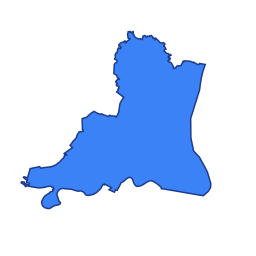 Phuc Tho, Ha Noi, Vietnam (Robinson projection), rotated 102°
{"feature_id": "81297802B65234108276491", "entity_name": "Phuc Tho", "entity_type": "district", "adm_level": 2, "iso_a3": "VNM", "parent_name": "Vietnam", "parent_adm1": "Ha Noi", "projection": "robinson", "projection_center": [105.577, 21.11], "detail": "fine", "context": "isolated", "style": "filled", "palette": "blue", "viewbox_px": 256, "rotation_deg": 102, "n_neighbors": 0, "source": "geoboundaries", "source_scale": "gbopen_adm2", "svg_char_len": 5826}
<svg xmlns="http://www.w3.org/2000/svg" viewBox="0 0 256 256"><g transform="rotate(102 128 128)"><path d="M178.6,40.3L173.3,36.3L169.2,34.9L165.0,35.5L154.7,41.1L150.2,44.7L141.6,52.2L136.8,59.1L124.4,64.5L105.5,68.7L75.9,65.9L71.4,66.3L64.1,66.7L56.6,66.5L51.0,65.8L49.8,65.6L50.0,71.5L51.2,71.8L51.4,73.3L50.0,77.3L50.5,77.5L49.9,80.3L49.8,81.2L50.2,84.3L50.7,87.2L51.4,87.1L51.5,87.7L51.9,87.8L52.0,88.3L53.5,88.3L54.5,88.9L55.9,89.0L57.0,92.6L57.6,93.3L58.1,93.6L59.2,93.6L59.4,93.8L59.8,94.5L60.3,95.8L59.0,96.0L58.8,96.6L57.7,97.0L55.3,99.3L55.1,99.8L54.9,100.4L55.0,101.2L54.9,101.8L54.7,102.1L53.9,102.9L52.8,101.4L52.3,102.0L51.4,101.0L50.3,102.2L50.8,102.9L50.3,103.4L50.0,103.5L47.8,101.0L47.2,101.9L47.8,103.3L47.2,103.6L47.0,103.9L46.9,104.3L46.7,106.4L45.6,107.9L45.5,108.5L44.7,108.8L44.3,108.7L43.7,108.3L43.0,107.3L41.8,108.2L40.7,109.3L40.4,110.1L40.0,110.2L39.8,109.9L38.4,109.3L38.0,109.6L37.1,110.8L37.6,111.6L37.7,112.1L37.8,113.2L37.8,114.5L37.6,114.9L36.4,116.2L35.6,117.6L35.2,118.3L35.1,118.8L35.1,119.3L35.3,119.5L34.5,119.3L34.3,119.8L35.1,121.2L35.0,122.3L34.1,122.3L34.2,122.8L33.3,123.5L32.7,124.5L33.4,126.1L34.2,126.6L34.0,127.8L34.1,128.1L34.2,128.3L34.9,128.5L35.0,128.8L35.1,129.2L35.1,129.7L34.4,130.1L34.0,130.8L34.9,132.4L38.6,132.5L38.1,134.8L38.1,135.2L38.7,136.4L38.7,136.9L38.3,137.7L38.3,138.3L38.2,138.6L38.0,139.0L37.9,139.5L36.1,141.8L35.8,141.6L35.4,141.6L34.8,142.5L34.5,142.8L33.9,142.7L33.3,142.7L32.6,143.0L32.9,143.8L33.5,143.7L33.8,143.9L34.1,144.6L34.1,145.1L34.1,145.4L33.2,145.8L33.3,146.5L33.6,146.7L33.6,146.8L33.7,147.6L33.9,147.9L34.1,147.9L34.9,147.7L35.3,147.8L35.9,147.9L36.3,147.9L37.9,147.5L38.5,147.1L39.4,146.8L40.1,146.6L40.3,146.4L40.2,145.7L40.1,144.8L40.3,144.6L40.6,144.6L41.2,144.9L42.0,145.6L42.8,146.5L43.4,147.0L43.8,147.2L45.0,147.7L45.1,147.9L45.0,148.5L44.6,148.7L43.7,148.7L43.5,149.0L43.6,149.3L45.1,150.6L45.3,150.9L45.6,151.9L45.9,152.3L46.4,152.9L48.4,154.2L48.7,154.3L49.0,154.2L49.8,153.8L50.0,153.6L49.8,153.1L49.7,152.7L49.9,152.2L50.2,151.8L51.2,152.0L51.2,151.6L51.6,151.7L52.0,152.0L52.0,152.5L51.6,153.5L51.7,154.0L52.2,154.3L53.3,154.4L54.2,154.2L54.5,154.2L55.2,154.6L55.3,154.6L55.8,154.3L56.6,154.2L57.0,154.5L57.2,155.4L57.4,155.5L58.8,155.6L59.1,155.8L59.3,155.8L59.6,155.6L61.3,155.1L62.2,155.1L63.0,155.4L63.4,155.4L63.5,155.1L63.5,154.5L63.7,154.1L64.4,152.6L65.5,152.6L66.5,153.1L67.4,154.1L68.2,154.5L69.1,154.6L71.7,154.2L75.5,153.5L77.7,153.2L78.5,150.9L79.2,149.6L80.3,149.3L80.7,149.1L81.0,148.6L81.7,146.9L81.9,146.6L82.4,147.0L82.6,148.1L82.7,148.4L83.0,148.5L85.0,149.6L85.9,149.3L86.0,149.2L86.5,147.8L86.7,147.5L86.8,147.5L87.7,148.3L88.1,148.4L89.1,147.9L89.0,147.0L89.0,146.6L89.1,146.3L89.6,145.4L90.4,145.5L91.6,145.4L91.9,145.8L92.1,145.9L93.5,145.6L95.0,146.6L96.4,143.8L98.9,138.5L100.7,139.3L104.6,140.7L106.4,140.9L110.9,140.6L114.8,140.5L117.1,140.9L118.6,141.4L119.5,141.8L119.3,142.2L119.6,142.3L119.2,143.3L119.2,144.0L119.2,144.8L119.7,146.2L119.7,146.8L119.6,147.0L119.4,148.8L120.8,149.3L120.5,152.5L120.2,154.3L119.6,156.9L120.5,157.7L120.1,159.4L120.3,159.7L118.8,164.7L120.1,166.1L121.3,167.2L122.3,168.1L126.1,170.7L128.1,174.3L128.3,174.8L133.0,173.7L139.1,172.2L139.2,171.6L140.6,171.2L141.1,172.4L141.7,174.8L141.9,175.0L143.0,175.3L144.2,175.9L145.9,176.4L148.4,176.6L149.3,176.9L149.9,177.3L150.8,178.0L152.0,178.8L154.2,179.7L156.1,180.6L156.9,181.1L158.9,178.3L166.2,185.2L166.9,184.5L165.9,183.6L167.2,182.5L168.4,184.5L170.1,184.5L170.9,185.1L176.1,188.2L177.0,189.2L178.6,190.5L179.4,191.4L181.2,194.0L181.6,194.4L182.4,196.6L183.2,199.0L184.6,203.1L185.5,205.3L184.1,206.3L188.1,215.3L197.6,215.9L197.3,219.6L197.9,220.0L198.3,219.8L198.6,219.0L199.3,217.8L199.4,215.8L200.4,215.7L200.5,215.8L200.7,216.1L201.7,216.2L201.9,216.2L202.3,215.9L202.5,215.7L202.4,214.2L202.6,213.1L204.2,213.0L204.4,213.9L204.3,214.9L204.1,215.8L203.8,217.6L202.6,218.1L202.5,218.9L202.7,220.8L203.8,221.1L204.1,220.4L204.4,219.4L205.3,217.4L205.8,216.8L206.6,216.2L206.2,215.5L205.8,215.1L205.5,214.5L205.5,213.7L205.6,212.5L205.5,211.0L205.6,210.1L205.3,206.1L205.3,204.8L205.2,203.3L204.5,200.5L203.5,197.6L203.0,196.4L202.1,195.0L201.1,191.8L201.0,190.7L201.3,190.2L201.9,189.7L201.8,189.3L201.6,188.9L201.6,188.7L202.0,188.4L202.6,188.0L203.0,188.0L203.4,188.1L203.6,188.4L203.8,188.9L204.0,188.8L204.2,188.5L204.5,188.4L204.8,188.6L205.3,188.5L205.5,188.5L205.9,189.0L206.2,190.1L206.9,190.9L207.6,191.4L208.4,191.8L209.0,192.4L210.0,193.6L212.1,195.3L212.8,195.7L214.1,196.2L217.6,197.1L218.3,197.1L219.1,197.0L221.0,196.0L221.7,195.4L222.6,194.2L223.2,193.0L223.3,192.2L223.4,189.8L223.3,189.0L223.2,188.5L223.0,188.1L222.1,186.8L221.6,186.3L220.5,185.3L220.1,185.0L219.6,184.1L218.9,183.0L217.3,179.5L216.9,179.1L216.3,178.7L215.6,178.5L215.3,178.5L214.7,178.9L213.9,180.2L213.4,180.7L212.2,181.2L208.6,183.4L207.8,183.7L206.6,183.8L205.4,183.6L204.2,183.3L203.4,182.8L202.2,181.9L201.5,181.2L200.9,179.8L200.6,178.8L200.5,176.7L200.1,173.6L199.8,171.7L199.7,170.3L200.1,166.8L200.2,164.8L200.1,163.4L199.4,161.1L199.4,160.7L199.5,160.1L199.9,158.3L200.3,157.5L201.3,156.5L202.1,155.5L202.4,154.3L202.2,152.8L201.2,150.4L200.1,148.1L199.4,147.2L197.5,145.2L192.9,142.1L192.0,141.8L189.7,141.2L188.4,140.6L188.6,139.5L187.7,139.3L189.8,131.7L192.3,133.7L193.6,128.0L191.0,127.4L191.2,126.6L191.3,125.7L187.3,124.4L183.3,123.5L183.0,123.4L181.0,121.0L179.9,120.3L178.9,119.6L177.0,117.9L176.2,116.8L176.0,116.2L176.0,115.0L176.1,114.4L176.8,113.3L177.4,112.8L180.9,110.7L181.9,109.7L182.6,109.0L183.0,108.2L183.2,107.3L183.0,106.3L182.4,104.5L181.1,102.5L179.6,100.8L177.5,98.8L175.9,96.9L175.1,95.6L174.8,94.9L174.8,93.9L175.0,92.1L176.0,89.3L176.7,87.7L177.4,86.2L178.8,83.9L179.3,83.3L179.7,82.9L180.5,82.7L180.2,80.4L178.6,40.3Z" fill="#3b82f6" stroke="#1e3a8a" stroke-width="1.5"/></g></svg>